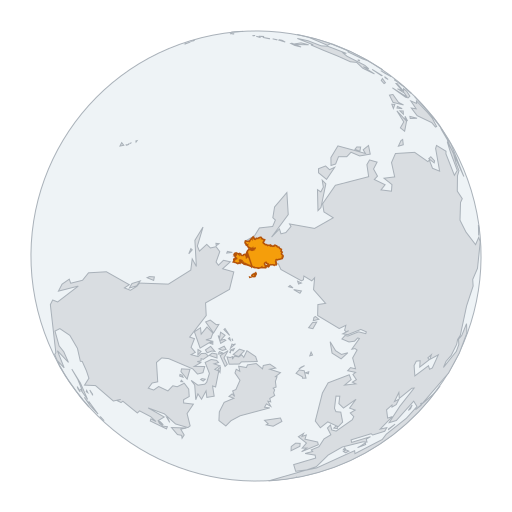 the Earth from above Chukchi Autonomous Okrug, rotated 166°
{"feature_id": "RUS-2321", "entity_name": "Chukchi Autonomous Okrug", "entity_type": "Autonomous Province", "adm_level": 1, "iso_a3": "RUS", "parent_name": "Russia", "parent_adm1": "", "projection": "orthographic", "projection_center": [175.436, 66.707], "detail": "fine", "context": "on_globe", "style": "filled", "palette": "amber", "viewbox_px": 512, "rotation_deg": 166, "n_neighbors": 0, "source": "natural_earth", "source_scale": "10m", "svg_char_len": 18174}
<svg xmlns="http://www.w3.org/2000/svg" viewBox="0 0 512 512"><g transform="rotate(166 256 256)"><circle cx="256" cy="256" r="225" fill="#eef3f6" stroke="#a8b0b8"/><path d="M273.2,478.9L273.5,479.0L273.2,479.1L273.2,478.9ZM460.2,160.8L456.2,153.0L454.7,149.8L460.2,160.8ZM470.2,186.1L469.9,185.4L471.0,189.2L473.2,196.3L475.2,209.1L473.6,210.7L467.3,258.6L463.9,262.5L459.6,259.4L435.7,269.8L456.2,269.7L451.0,275.6L442.8,278.7L442.4,274.4L430.2,274.4L422.6,280.2L405.0,276.9L385.9,258.8L391.4,256.9L386.2,253.1L379.0,255.4L375.5,257.9L347.8,249.9L322.7,258.1L318.6,268.6L316.4,260.3L311.5,286.0L300.4,296.9L310.5,279.8L309.7,274.4L301.0,279.2L298.3,274.8L292.5,274.7L290.1,269.0L296.2,259.8L294.7,256.1L288.6,259.7L282.3,256.6L291.5,251.7L281.4,245.9L289.8,230.0L316.3,222.7L318.7,210.3L340.0,193.4L335.7,190.7L341.1,183.1L338.2,177.2L342.9,176.0L336.5,172.4L332.7,174.6L328.6,173.8L326.5,170.6L332.2,168.5L334.1,169.7L334.7,167.5L338.5,167.8L335.4,165.9L342.6,163.8L332.5,161.2L335.7,155.6L341.3,155.6L344.6,161.7L365.6,177.6L372.2,179.9L378.3,176.8L381.8,157.7L387.5,157.9L392.5,153.8L387.7,150.7L382.0,152.9L374.1,146.4L368.1,150.2L364.1,148.2L356.4,149.9L353.5,143.1L354.8,135.8L361.0,134.1L361.8,130.9L352.6,127.4L361.0,119.8L361.0,107.1L363.6,106.0L374.7,112.5L383.1,125.0L397.4,134.7L384.0,122.0L390.8,119.9L390.2,117.0L387.5,113.5L383.3,111.8L384.7,109.9L398.5,121.5L397.4,123.4L393.1,119.6L397.1,125.6L406.4,133.9L409.1,132.4L420.3,147.3L422.4,146.5L426.0,149.5L421.9,149.6L429.5,149.8L443.1,169.1L453.6,172.2L447.7,177.8L448.3,185.6L450.1,195.7L451.9,196.4L451.6,209.6L455.8,224.0L463.9,233.0L469.2,231.8L468.8,216.4L465.7,209.6L463.7,198.1L471.6,212.1L469.2,193.9L473.2,201.0L473.4,198.3L470.6,188.4L468.1,180.3L464.2,170.6L458.8,158.5L460.7,162.0L470.2,186.1ZM358.9,398.5L357.5,395.4L361.4,395.6L358.9,398.5ZM354.6,394.7L355.5,395.5L354.3,395.1L354.6,394.7ZM352.4,395.1L354.0,394.8L352.2,395.6L352.4,395.1ZM349.4,396.2L351.0,395.5L350.8,395.7L349.4,396.2ZM457.1,175.2L454.1,157.5L458.8,169.5L457.4,166.7L457.5,170.7L458.8,179.5L462.1,190.8L457.1,175.2ZM344.7,396.7L343.5,396.7L344.8,395.6L344.7,396.7ZM448.9,162.8L449.7,166.2L448.5,162.7L448.9,162.8ZM374.4,259.8L379.1,255.9L386.6,255.6L383.0,259.3L374.4,259.8ZM359.7,260.3L361.2,257.1L366.9,261.3L364.3,261.8L359.7,260.3ZM316.4,277.4L320.7,274.4L317.4,278.9L316.4,277.4ZM292.1,275.6L291.8,278.0L288.9,276.9L292.1,275.6ZM358.5,153.5L357.5,151.7L359.4,152.3L358.5,153.5ZM356.1,156.0L359.1,158.0L358.4,159.5L356.6,158.2L356.1,156.0ZM282.6,267.4L278.1,265.2L283.7,265.9L282.6,267.4ZM352.6,153.2L356.8,161.9L355.6,164.5L347.5,162.0L352.6,153.2ZM276.2,262.9L265.3,257.9L263.6,262.5L262.4,246.9L272.1,256.1L279.2,256.1L275.5,259.1L276.2,262.9ZM332.4,176.7L336.3,174.2L334.9,179.3L332.4,176.7ZM332.5,180.2L334.1,197.4L327.2,199.8L328.1,193.4L320.7,199.0L316.5,191.6L319.7,186.9L324.9,186.8L319.3,184.1L332.5,180.2ZM263.5,239.2L261.8,236.7L264.8,237.6L263.5,239.2ZM326.8,173.9L327.8,177.1L321.9,179.3L318.9,173.3L321.8,174.5L326.8,173.9ZM320.8,204.2L315.9,204.9L311.2,199.0L308.6,198.6L315.8,191.6L320.8,204.2ZM322.1,172.4L317.6,170.3L318.5,166.4L325.5,170.9L322.1,172.4ZM321.6,182.4L318.6,183.2L319.3,180.8L321.6,182.4ZM319.1,151.7L320.4,155.3L317.4,156.7L319.1,151.7ZM315.9,169.7L315.6,171.1L314.5,172.1L311.8,170.0L315.9,169.7ZM312.0,188.1L311.1,185.6L308.8,190.6L305.2,186.6L310.7,182.8L306.8,182.7L305.7,181.5L311.4,179.8L312.0,188.1ZM306.0,170.9L311.7,164.9L310.1,157.8L312.7,156.3L314.9,168.0L306.0,170.9ZM308.7,176.2L307.6,172.6L311.4,172.5L314.5,174.9L308.7,176.2ZM300.8,185.3L304.9,192.4L303.6,193.1L300.8,185.3ZM304.8,168.8L303.4,170.3L304.2,168.3L304.8,168.8ZM301.2,180.2L302.8,182.6L301.3,183.2L301.2,180.2ZM299.4,171.4L301.2,169.5L303.4,171.0L299.4,171.4ZM299.6,175.5L297.1,175.7L303.0,172.8L300.6,176.4L299.6,175.5ZM299.4,180.4L299.1,181.6L299.0,179.3L299.4,180.4ZM290.2,166.8L297.2,162.6L301.9,166.0L294.5,169.6L290.2,166.8ZM298.2,34.7L260.4,36.1L248.3,35.7L212.4,42.4L207.4,43.2L207.8,40.3L177.9,47.4L172.7,51.6L149.3,62.2L136.2,71.0L138.1,77.0L159.7,62.4L167.1,62.1L152.8,75.4L134.5,89.6L136.8,90.0L151.4,83.2L150.4,89.0L156.9,81.3L151.9,82.5L155.9,77.9L160.6,76.5L160.1,78.5L166.5,75.2L167.5,66.9L162.6,67.2L177.4,58.0L170.6,57.8L173.5,54.8L186.1,54.1L187.3,55.7L208.2,54.6L208.3,52.0L188.6,53.0L193.3,51.6L193.3,48.6L197.1,49.8L218.5,49.8L234.1,45.4L248.4,37.0L258.6,36.2L269.6,37.5L269.9,44.5L247.0,45.5L246.8,48.5L256.1,52.5L248.3,52.6L249.3,54.5L241.1,55.7L234.2,62.1L226.6,64.4L228.3,71.8L224.6,74.0L224.6,68.9L220.6,66.7L202.2,73.8L200.0,76.5L202.5,80.9L197.1,82.5L202.0,85.8L193.6,92.8L207.9,87.3L211.3,92.7L208.6,99.7L212.3,100.7L216.7,89.2L216.1,85.6L211.5,84.0L212.1,73.9L217.5,70.5L226.5,77.7L235.1,73.8L238.4,81.5L224.7,107.0L216.7,115.5L194.3,118.2L193.6,113.0L201.3,109.3L190.1,107.8L193.0,110.3L188.5,111.7L190.6,117.6L187.5,119.0L194.8,122.5L191.3,124.8L186.7,122.5L186.9,133.7L180.7,140.3L182.3,142.2L185.6,142.4L175.6,150.9L177.1,151.9L181.0,149.5L186.6,150.1L192.7,154.7L188.9,157.3L186.2,156.1L174.8,157.6L168.3,154.1L167.3,155.7L172.1,159.4L186.0,157.5L190.7,159.5L184.1,161.1L186.9,160.7L188.0,162.5L185.6,167.0L192.8,165.5L210.6,183.3L207.7,193.9L199.9,193.2L208.3,209.4L204.4,220.7L207.9,218.4L214.4,225.0L215.7,221.5L217.9,220.9L235.1,236.9L236.2,243.0L247.6,247.8L249.5,246.7L249.3,242.4L262.4,246.9L263.6,262.5L259.3,264.2L262.9,273.1L252.7,275.8L245.9,282.4L232.7,280.6L228.5,286.2L230.4,289.1L226.1,299.1L210.7,310.1L214.7,288.4L236.3,270.6L226.7,276.6L226.4,271.5L221.4,271.5L214.9,276.2L215.7,279.0L192.5,268.6L171.8,274.4L179.4,282.3L178.7,290.6L161.9,305.4L127.5,305.7L126.3,317.8L122.6,321.7L115.8,317.8L120.9,312.0L118.8,304.1L122.7,301.6L113.5,293.9L118.7,289.9L108.9,286.1L106.8,292.4L113.0,300.5L102.3,299.2L101.9,313.9L95.9,321.7L77.0,318.2L66.4,306.0L64.6,307.1L63.5,298.4L57.3,293.9L55.7,316.9L54.1,319.6L46.3,311.7L47.0,309.2L44.0,286.3L40.0,290.4L42.2,309.4L42.8,320.6L39.6,308.5L39.4,298.0L38.4,289.7L41.1,285.1L45.0,270.3L42.0,261.7L44.6,258.5L49.4,241.4L46.5,228.5L40.2,213.9L35.4,220.2L35.0,215.5L44.1,190.4L51.4,180.8L52.6,174.3L63.7,156.7L76.9,129.7L80.6,126.2L82.7,121.7L90.7,112.3L97.1,107.8L101.1,102.5L84.7,115.0L80.6,121.1L79.6,126.3L75.6,129.1L68.1,139.4L70.0,130.3L82.3,112.5L97.0,96.4L97.7,95.7L130.4,72.6L131.1,73.2L131.3,73.1L131.9,73.0L131.8,71.2L138.4,68.3L117.8,78.8L113.0,81.9L108.8,85.4L122.1,74.9L136.0,65.3L150.6,56.9L165.9,49.5L181.6,43.4L197.7,38.4L214.2,34.6L230.9,32.1L247.8,30.9L264.7,30.9L281.5,32.2L298.2,34.7ZM270.1,32.2L270.3,31.8L270.1,32.2ZM112.0,104.7L103.0,116.0L112.4,113.6L109.7,117.8L113.9,115.6L113.1,113.4L124.0,108.6L122.1,114.7L125.9,115.2L129.1,111.5L130.9,101.2L115.2,107.8L115.0,104.1L112.0,104.7ZM461.1,172.6L459.7,168.3L459.5,166.6L460.8,170.1L461.1,172.6ZM445.5,137.2L443.2,132.9L446.3,138.0L445.5,137.2ZM453.2,154.8L447.5,140.8L453.4,151.5L456.8,160.4L453.6,153.3L453.2,154.8ZM452.8,166.6L452.3,164.1L453.5,165.5L452.8,166.6ZM448.1,160.3L448.5,161.4L448.1,162.3L448.1,160.3ZM390.0,119.2L388.9,118.3L386.8,114.7L389.2,116.4L390.0,119.2ZM369.0,99.7L371.8,97.1L371.5,100.0L375.4,101.7L379.5,110.0L365.1,105.9L370.9,106.2L369.0,99.7ZM381.0,120.5L380.0,115.4L381.7,121.1L381.0,120.5ZM262.8,64.8L258.5,63.5L259.5,60.7L269.1,58.6L267.9,62.6L262.8,64.8ZM252.3,62.3L258.6,70.4L252.8,72.3L255.0,69.8L250.5,70.2L252.8,66.4L241.2,60.6L241.2,57.8L259.1,55.1L253.2,57.4L257.7,58.4L252.3,62.3ZM284.8,90.3L287.5,94.5L271.5,92.9L270.9,89.2L280.5,86.7L286.9,89.7L284.8,90.3ZM337.5,147.4L339.6,149.6L338.0,150.1L335.0,148.7L337.5,147.4ZM320.0,153.3L326.9,138.7L329.6,140.4L330.5,130.1L337.9,130.7L337.1,137.2L343.5,130.2L345.7,136.3L349.2,131.1L346.7,145.6L349.0,151.0L343.6,144.7L336.7,144.0L334.4,145.4L329.6,153.3L331.1,165.0L324.5,166.4L319.5,164.3L318.1,161.7L322.8,161.5L317.6,158.2L323.4,156.0L320.0,153.3ZM264.0,142.5L270.0,142.8L260.5,136.9L266.3,134.2L264.8,133.7L267.5,129.7L268.2,124.0L271.3,123.6L270.3,121.6L272.0,119.0L271.6,116.1L277.1,114.5L277.0,110.9L279.6,112.2L278.0,106.5L281.7,110.0L284.3,107.2L279.4,105.3L310.0,104.8L320.0,102.3L326.4,98.4L331.8,105.3L329.3,113.6L322.3,121.7L311.9,123.3L316.2,126.3L312.5,128.0L310.7,124.9L311.3,130.7L307.8,131.3L301.6,139.3L304.7,147.6L302.6,150.9L299.6,148.0L299.5,153.3L292.3,150.1L290.6,152.4L281.8,151.6L277.0,144.9L275.4,148.0L268.7,147.7L264.0,142.5ZM287.7,166.3L280.7,158.5L280.3,153.3L295.8,156.8L298.3,155.2L308.2,157.5L308.5,165.1L305.6,163.7L302.9,164.1L303.9,161.6L301.1,164.0L297.1,162.2L293.8,163.6L292.4,160.6L287.7,166.3ZM203.8,45.5L200.3,46.4L195.2,48.2L195.2,46.5L203.8,45.5ZM218.5,45.2L215.6,46.1L213.1,44.2L216.7,43.4L218.5,45.2ZM216.3,48.4L215.7,46.3L218.2,46.9L216.3,48.4ZM222.2,70.2L219.4,71.7L218.3,70.9L218.8,68.9L222.2,70.2ZM237.0,125.4L240.5,126.2L240.2,127.5L245.5,132.5L241.7,135.0L237.0,133.0L237.0,125.4ZM140.5,73.7L143.0,70.4L145.5,69.3L144.2,70.6L140.5,73.7ZM169.4,56.0L161.7,59.2L169.4,55.5L169.4,56.0ZM233.7,129.0L236.3,130.7L232.8,130.9L233.7,129.0ZM239.2,137.2L235.4,137.9L241.8,135.9L239.2,137.2ZM70.8,383.5L75.0,389.3L70.8,383.5ZM66.3,376.5L70.7,382.9L65.9,376.2L66.3,376.5ZM72.5,385.4L77.0,391.1L79.0,393.2L78.9,393.4L72.5,385.4ZM63.5,372.2L50.3,347.6L45.7,336.7L46.3,337.6L53.7,354.0L63.5,372.2ZM45.9,336.8L39.7,317.2L35.1,282.8L36.6,290.9L42.2,321.2L41.8,321.1L45.5,333.7L45.9,336.8ZM63.2,365.2L62.8,367.7L55.0,354.0L51.7,347.2L49.4,337.9L50.7,337.7L53.2,342.9L65.7,353.2L69.5,362.0L65.0,360.1L68.3,369.0L63.2,365.2ZM35.0,222.0L32.7,232.3L32.8,228.5L35.0,222.0ZM72.9,354.2L66.4,350.7L73.1,352.1L72.9,354.2ZM78.2,352.9L77.5,355.5L76.3,350.4L78.2,352.9ZM62.4,310.0L59.7,305.1L60.6,303.3L64.8,308.6L62.4,310.0ZM91.3,328.1L87.4,332.9L85.5,333.6L86.2,328.3L91.3,328.1ZM204.8,154.9L201.7,144.9L196.9,139.8L190.3,139.9L198.3,135.6L205.7,143.4L204.8,154.9ZM210.3,179.4L216.1,179.4L214.6,182.4L213.0,182.9L210.3,179.4ZM213.1,177.2L218.4,171.7L222.3,173.7L217.3,177.7L213.1,177.2ZM225.8,149.4L225.1,146.2L228.0,146.1L225.8,149.4ZM88.0,406.0L89.3,407.5L99.9,418.3L105.0,421.5L117.4,431.8L116.3,432.3L132.2,444.1L135.7,443.2L152.6,456.0L162.5,461.0L145.9,452.5L130.0,442.8L115.0,431.7L100.9,419.4L88.0,406.0ZM214.2,477.1L217.8,477.8L225.8,479.2L219.8,478.3L214.2,477.1ZM264.4,479.9L267.6,480.1L263.3,480.3L264.4,479.9ZM273.2,479.1L267.9,479.5L273.2,478.9L273.2,479.1ZM225.0,477.4L227.5,477.9L226.3,477.9L225.0,477.4ZM223.4,477.0L224.5,476.8L225.2,477.3L223.4,477.0ZM203.5,470.2L205.0,470.2L206.1,470.7L203.5,470.2ZM81.4,397.3L86.6,402.0L90.1,405.7L81.4,397.3ZM200.1,468.6L195.5,467.2L195.7,466.9L200.1,468.6ZM199.7,467.6L198.8,466.8L202.6,469.1L199.7,467.6ZM190.4,463.5L196.4,466.4L189.9,463.5L190.4,463.5ZM187.3,462.7L183.4,460.8L183.5,460.7L187.3,462.7ZM149.4,447.1L163.3,457.1L153.5,452.3L142.0,444.2L135.6,442.1L119.3,430.7L122.3,431.8L119.4,427.8L104.3,414.7L101.3,410.4L106.1,413.7L97.0,404.0L106.9,412.3L111.5,419.5L117.4,421.6L128.7,430.5L140.7,439.2L151.6,447.5L149.4,447.1ZM108.1,420.0L109.9,421.6L108.6,421.2L108.1,420.0ZM175.9,456.5L181.6,460.0L181.1,460.2L178.5,459.0L175.9,456.5ZM153.8,448.2L165.0,451.2L167.9,452.5L160.7,451.9L153.8,448.2ZM161.7,447.9L167.4,450.9L170.8,453.8L169.7,453.8L161.7,447.9ZM87.7,397.9L87.5,398.5L85.1,395.3L87.7,397.9ZM90.6,400.6L98.2,409.0L90.1,400.7L90.6,400.6ZM70.9,373.6L72.7,378.3L78.3,384.1L74.0,380.7L78.4,389.5L77.4,389.2L72.9,380.2L72.3,382.7L69.9,379.3L68.0,373.9L70.1,372.6L72.5,373.9L83.0,386.2L70.9,373.6ZM90.4,397.6L88.5,392.8L90.0,392.3L92.0,396.0L90.4,397.6ZM84.1,379.6L80.6,370.6L76.3,366.9L85.9,371.9L87.6,379.8L84.1,379.6ZM82.6,367.0L78.5,363.6L83.4,365.4L82.6,367.0ZM78.1,361.1L78.7,357.9L81.3,362.0L78.1,361.1ZM84.6,369.5L87.0,365.9L87.5,370.4L84.6,369.5ZM80.2,350.4L84.2,362.8L77.3,350.4L81.6,341.1L84.9,345.4L80.2,350.4ZM128.1,336.4L129.9,332.5L134.2,335.6L131.8,337.4L128.1,336.4ZM149.9,343.0L135.9,335.2L125.0,329.0L126.3,333.1L120.1,336.0L120.5,327.2L131.2,328.0L138.7,333.7L143.9,330.4L151.9,332.4L156.5,326.0L161.3,325.7L159.5,333.4L149.9,343.0ZM158.2,323.0L169.0,313.3L175.2,321.6L174.2,325.6L166.7,326.5L163.8,322.0L158.2,323.0ZM173.4,313.5L170.8,309.1L181.2,287.4L184.9,285.0L180.3,305.5L177.6,302.5L174.0,306.5L173.4,313.5ZM260.2,238.6L261.7,236.9L261.9,239.6L260.2,238.6ZM218.5,218.8L221.5,218.5L221.7,221.5L218.5,218.8ZM230.1,219.2L227.8,216.1L231.8,218.3L230.1,219.2ZM222.4,209.2L227.6,214.3L220.4,211.1L222.4,209.2Z" fill="#d9dde1" stroke="#a8b0b8" stroke-width="1"/><path d="M238.4,242.5L240.2,242.8L240.6,242.5L241.5,243.5L242.7,243.6L244.3,244.2L245.7,243.3L246.0,243.6L245.8,243.8L246.2,244.3L246.0,244.9L246.1,245.5L247.5,246.3L247.5,247.2L247.7,247.5L248.8,247.4L249.2,247.7L248.9,247.2L249.2,247.0L249.3,247.4L249.3,247.0L249.7,246.5L249.8,246.7L250.0,246.6L249.8,246.6L249.7,246.1L249.7,245.6L249.5,245.2L249.4,244.4L248.8,244.3L248.9,244.0L249.4,243.7L249.4,243.0L249.5,242.4L249.3,242.3L249.4,242.2L252.4,243.1L253.0,243.7L253.0,243.9L253.3,243.7L252.9,243.4L253.1,243.2L254.0,243.6L256.4,243.5L256.1,243.6L256.8,244.0L257.0,243.8L256.5,243.5L256.9,243.5L257.1,243.8L257.8,244.3L260.6,245.2L261.0,245.6L260.5,245.4L260.5,245.6L261.3,245.8L262.4,246.8L261.8,246.4L262.0,246.7L262.4,246.8L263.6,262.2L263.2,262.4L262.8,263.2L261.3,264.2L261.1,264.1L261.6,263.8L259.7,263.7L259.3,263.3L259.4,263.2L259.3,262.9L258.5,262.4L257.4,262.5L257.8,262.7L258.5,262.5L259.1,263.4L258.7,263.6L258.0,263.2L257.7,263.4L257.0,262.9L256.5,263.5L255.3,263.6L254.8,263.9L254.3,263.9L254.9,264.0L255.4,263.6L256.5,263.6L257.1,263.0L257.7,263.8L257.2,264.2L257.1,264.3L257.1,264.5L257.7,263.9L258.2,264.4L258.6,263.8L259.4,263.6L259.3,264.4L259.4,264.9L260.1,265.6L260.7,265.7L260.8,265.1L260.7,264.8L261.4,266.4L261.2,266.2L261.1,266.5L261.3,266.6L261.1,266.6L261.5,266.7L261.8,268.0L261.5,267.8L261.8,268.0L261.1,268.0L261.7,268.2L261.8,268.5L261.6,268.8L262.0,268.7L261.8,268.3L261.8,268.1L262.3,269.1L262.0,268.8L261.9,269.0L263.0,269.8L263.1,270.1L262.8,270.4L263.3,270.8L263.5,271.5L263.2,272.2L262.7,272.4L262.8,272.9L262.6,273.2L260.8,272.3L259.4,272.2L259.4,271.5L259.6,271.2L259.2,271.7L258.8,271.0L258.9,271.4L258.7,271.8L258.9,272.2L259.3,272.1L258.2,272.4L257.5,273.2L255.8,274.2L255.7,273.8L255.5,274.4L254.8,274.8L254.8,274.7L254.5,274.5L254.7,274.9L254.2,275.2L254.2,274.5L254.0,274.1L253.6,274.2L253.6,273.7L253.4,273.4L253.6,273.1L253.5,272.7L253.2,272.7L252.8,272.3L251.4,272.9L251.3,273.1L249.9,272.5L248.8,273.0L248.3,272.8L247.6,273.2L246.6,273.0L246.1,271.9L246.3,271.5L245.9,271.5L244.8,270.1L244.4,270.2L243.6,269.6L245.1,268.0L245.6,267.8L245.8,267.5L245.8,266.9L245.5,266.6L245.5,266.3L244.7,265.9L244.6,265.3L244.2,264.7L242.9,264.5L242.2,263.3L241.5,263.5L240.5,263.1L239.9,263.2L240.0,263.0L239.7,262.4L239.2,262.3L239.1,261.9L238.7,261.9L238.6,262.5L238.4,262.4L238.3,262.1L237.4,261.3L236.8,261.5L236.3,261.1L235.9,261.5L235.5,261.5L235.5,261.9L235.3,262.0L234.8,261.9L234.6,261.5L233.4,260.9L233.4,260.2L232.8,259.5L231.6,259.1L231.2,257.6L229.7,256.3L229.9,255.7L230.6,254.6L229.6,253.4L230.4,252.5L230.7,252.3L230.8,251.5L229.7,250.0L229.7,249.7L229.9,249.4L229.8,249.0L230.0,248.6L230.3,248.3L230.9,248.4L230.7,247.8L231.1,247.2L231.4,247.1L233.4,247.2L233.6,247.0L235.2,247.3L235.9,247.0L237.2,247.7L237.4,247.6L237.6,247.0L237.9,246.7L237.9,245.9L238.3,245.7L238.0,245.1L238.0,244.7L238.5,244.4L238.1,243.5L238.2,243.3L238.1,243.0L238.4,242.5ZM262.4,246.8L263.0,247.1L263.1,246.8L263.4,247.4L264.1,247.6L264.7,248.2L264.3,247.9L264.4,248.4L265.4,248.8L265.6,249.1L265.4,249.4L265.9,249.0L264.9,248.3L266.3,249.2L265.9,249.3L266.1,249.6L266.5,249.3L266.8,249.5L266.6,249.5L266.9,249.6L267.7,250.1L267.4,250.3L267.8,250.6L268.3,250.5L267.8,250.1L268.8,250.6L268.5,250.8L268.6,251.1L268.2,251.3L268.5,251.5L269.3,251.6L268.7,251.1L268.9,250.7L269.8,251.2L269.8,251.4L270.1,251.8L270.0,251.7L270.1,252.1L269.9,252.4L270.2,252.5L270.4,252.1L270.2,251.9L270.7,252.3L270.8,252.5L270.7,252.6L270.7,253.6L271.1,254.0L271.3,254.7L270.9,255.0L271.8,255.4L271.9,255.6L271.8,255.9L272.0,256.1L271.9,256.4L272.3,255.9L272.2,255.6L272.5,255.5L272.7,256.0L272.7,256.5L272.9,256.1L272.7,256.0L273.0,255.8L273.0,255.6L272.0,255.2L272.5,254.7L272.1,253.6L271.2,253.4L272.6,252.9L272.9,253.0L273.0,253.0L273.5,253.1L273.2,253.1L273.4,253.2L273.2,253.4L273.3,254.0L273.6,253.8L273.4,253.6L273.5,253.3L273.6,253.5L274.1,253.6L274.7,253.3L273.6,253.1L275.6,253.0L275.7,253.3L275.8,253.5L276.3,253.6L276.4,254.0L278.2,255.0L277.9,255.4L278.4,255.1L278.7,255.4L278.4,255.5L278.9,255.4L279.5,255.7L278.2,256.8L278.4,256.9L278.4,257.2L278.6,257.5L278.5,257.8L278.0,257.8L276.9,257.2L277.4,257.8L277.9,258.0L277.9,258.5L277.5,258.4L276.3,258.8L276.7,258.6L275.9,258.6L275.9,258.4L275.7,258.3L275.7,258.1L274.8,258.2L275.6,258.5L275.8,258.9L275.7,258.9L275.8,259.1L276.2,258.8L276.2,259.7L275.4,259.9L276.2,259.8L276.3,260.3L276.5,260.4L276.2,260.9L275.6,261.5L275.2,261.5L275.0,261.9L275.5,261.6L275.7,261.9L275.3,262.3L275.6,262.2L275.5,262.6L275.7,262.4L276.3,262.5L276.8,263.0L276.2,263.2L275.6,262.9L275.4,263.0L275.8,263.0L275.9,263.5L275.6,263.5L275.7,263.8L275.4,263.9L275.0,263.8L275.0,263.2L274.7,262.5L274.9,262.9L274.9,263.4L274.5,263.7L273.9,263.5L273.7,263.1L273.1,262.7L272.6,262.5L272.6,262.1L272.4,261.8L272.4,262.2L272.1,262.3L272.0,262.0L272.0,262.4L271.3,262.5L271.2,262.4L271.3,262.2L270.4,261.7L270.5,261.5L270.4,261.4L270.5,261.1L270.2,260.7L270.1,260.1L269.9,260.0L268.3,259.6L267.7,260.3L265.9,260.4L265.8,260.2L265.9,259.4L265.6,259.4L264.9,258.2L265.4,258.3L265.4,257.9L265.6,257.8L265.5,257.3L265.6,256.8L265.4,256.9L265.2,257.7L264.9,257.8L264.6,257.5L264.6,257.2L264.5,256.8L264.5,257.3L264.1,257.1L264.5,257.7L264.4,257.9L263.9,258.0L263.7,257.8L263.6,258.7L263.7,259.2L264.6,259.9L264.5,260.1L264.6,260.3L264.3,260.8L264.3,261.5L264.1,261.8L263.6,262.2L262.4,246.8ZM261.7,236.8L262.8,236.5L263.7,236.6L265.0,237.7L264.5,238.5L262.5,239.2L261.8,239.0L261.7,236.8ZM261.8,239.0L261.4,239.4L260.8,239.5L260.3,239.8L260.1,238.8L260.4,238.1L261.7,236.8L261.8,239.0ZM247.9,243.3L247.8,243.6L247.6,243.6L247.6,244.0L247.0,244.3L245.6,243.1L246.4,242.4L247.9,243.3ZM276.1,261.4L276.8,261.6L275.9,262.0L276.1,261.4ZM248.5,243.8L249.0,243.7L248.7,244.0L248.5,243.8ZM276.2,262.2L276.2,262.4L275.8,262.3L275.8,262.2L276.2,262.2ZM267.2,236.8L267.2,237.0L266.9,236.8L267.2,236.8Z" fill="#f59e0b" stroke="#b45309" stroke-width="1.5"/></g></svg>